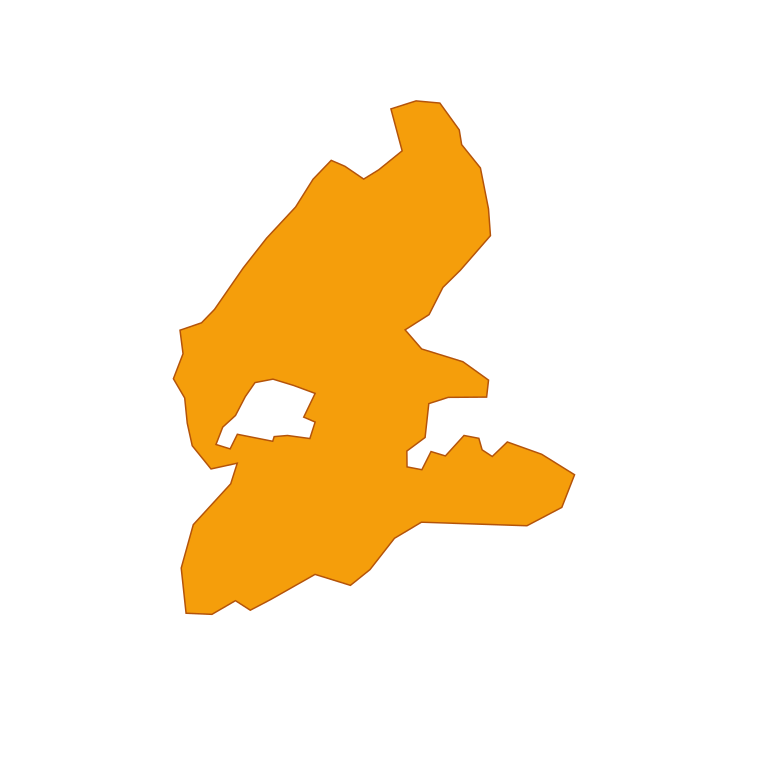 outline of Urgench, Khorezm, Uzbekistan, rotated 110°
{"feature_id": "79887680B5155786713045", "entity_name": "Urgench", "entity_type": "district", "adm_level": 2, "iso_a3": "UZB", "parent_name": "Uzbekistan", "parent_adm1": "Khorezm", "projection": "equal_earth", "projection_center": [60.538, 41.573], "detail": "fine", "context": "isolated", "style": "filled", "palette": "amber", "viewbox_px": 768, "rotation_deg": 110, "n_neighbors": 0, "source": "geoboundaries", "source_scale": "gbopen_adm2", "svg_char_len": 1168}
<svg xmlns="http://www.w3.org/2000/svg" viewBox="0 0 768 768"><g transform="rotate(110 384 384)"><path d="M119.5,400.2L100.9,427.6L107.0,450.7L123.1,471.6L158.7,446.7L184.5,462.2L198.4,473.2L192.8,495.1L191.9,510.1L215.8,520.7L247.9,527.6L287.1,544.2L322.8,555.9L371.9,568.8L388.9,576.4L403.2,594.1L424.3,583.2L451.1,583.7L465.3,566.5L488.1,555.5L507.6,543.1L523.0,517.5L508.6,494.8L530.2,493.9L581.4,515.1L626.3,511.6L667.1,491.6L659.3,466.9L638.4,449.5L642.3,432.3L625.3,416.8L586.5,383.7L584.7,346.7L563.2,333.7L525.4,321.4L501.1,301.6L468.3,201.2L439.1,174.7L404.1,173.9L396.1,211.8L396.3,248.3L415.1,257.5L412.3,269.3L402.6,276.3L405.0,291.2L430.6,301.7L431.4,316.7L451.6,319.1L454.0,334.0L439.2,339.6L420.2,327.1L387.1,335.2L374.6,319.1L361.2,283.1L344.6,287.1L336.1,317.4L338.2,360.6L325.9,382.7L303.4,365.4L273.1,361.7L250.8,351.1L208.2,334.7L183.7,345.7L148.0,367.3L132.5,392.9L119.5,400.2ZM460.6,435.0L465.4,457.1L471.0,469.2L475.9,469.0L481.4,504.6L497.6,506.4L498.3,521.2L479.7,520.8L464.4,512.8L443.2,510.0L426.8,505.7L417.4,490.0L416.3,469.0L416.4,445.5L442.6,448.1L443.3,435.7L460.6,435.0Z" fill="#f59e0b" stroke="#b45309" stroke-width="1.5"/></g></svg>